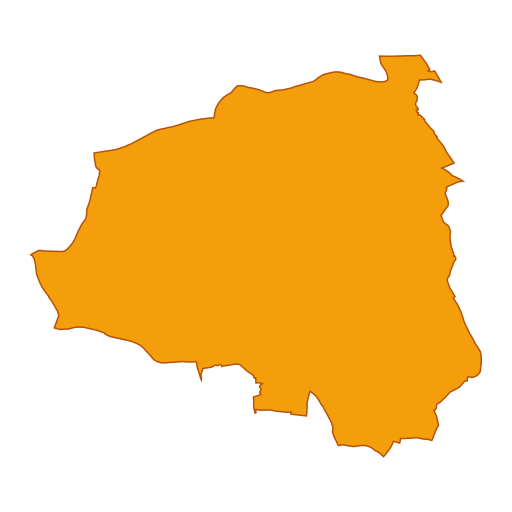 Valea Larga, Mures, Romania
{"feature_id": "2599482B72201107015433", "entity_name": "Valea Larga", "entity_type": "district", "adm_level": 2, "iso_a3": "ROU", "parent_name": "Romania", "parent_adm1": "Mures", "projection": "robinson", "projection_center": [24.071, 46.628], "detail": "fine", "context": "isolated", "style": "filled", "palette": "amber", "viewbox_px": 512, "rotation_deg": 0, "n_neighbors": 0, "source": "geoboundaries", "source_scale": "gbopen_adm2", "svg_char_len": 5944}
<svg xmlns="http://www.w3.org/2000/svg" viewBox="0 0 512 512"><path d="M431.8,440.5L432.6,438.7L435.3,431.6L437.1,427.8L438.5,425.4L436.6,416.4L433.9,410.2L434.7,410.0L435.5,409.4L436.2,408.3L436.8,404.1L439.3,402.8L441.2,401.3L442.9,399.6L445.4,397.2L449.2,393.0L450.3,392.0L457.1,388.5L459.5,387.0L464.7,381.2L465.3,380.9L467.2,380.9L467.7,376.7L469.6,377.0L470.9,377.4L472.4,377.4L475.8,376.2L477.3,375.2L478.0,374.4L479.5,373.0L480.0,372.0L480.3,371.0L481.0,365.1L481.2,364.0L481.3,361.5L481.1,355.1L480.4,351.9L479.3,349.8L475.4,343.8L472.6,338.5L469.2,332.6L467.7,329.3L464.8,323.3L463.7,320.5L463.2,318.4L460.8,311.7L457.5,304.5L453.2,298.0L455.1,296.5L452.6,292.6L449.9,288.0L447.4,281.2L447.3,280.1L447.6,278.0L448.8,276.6L449.7,274.8L449.9,274.1L450.2,271.9L450.5,270.9L453.2,264.2L453.4,263.2L454.5,261.1L455.7,259.7L455.8,259.3L455.8,259.0L455.6,257.5L454.8,256.0L453.5,255.9L453.8,255.1L453.9,254.2L453.5,253.3L452.3,249.8L451.4,247.3L451.2,246.1L450.1,239.8L450.0,236.3L450.4,232.6L450.5,231.4L449.0,227.0L447.7,225.3L445.0,223.3L443.6,221.9L442.7,220.1L441.0,215.4L442.7,213.3L445.7,208.7L446.2,208.2L447.4,206.8L447.8,206.1L448.2,205.2L448.3,204.0L448.2,201.8L447.5,199.5L445.5,194.5L445.3,193.3L445.4,192.1L446.3,190.5L446.7,189.3L446.8,188.6L446.7,188.1L446.1,187.3L448.1,186.3L456.4,182.6L458.8,181.8L463.1,181.2L459.7,179.1L454.6,176.6L453.1,176.0L451.8,175.2L451.2,174.7L449.6,172.8L448.6,172.0L443.6,168.9L441.9,168.1L454.1,163.1L446.1,151.5L444.4,147.6L442.0,144.2L438.2,139.7L436.4,137.1L437.1,136.6L434.7,134.2L434.4,133.6L434.1,132.0L433.8,131.3L429.5,126.9L426.4,123.1L424.0,119.7L424.5,119.4L420.1,115.0L418.1,115.1L418.1,114.6L418.4,112.7L417.1,112.6L417.1,111.6L416.4,111.0L416.4,109.8L418.2,109.8L418.0,108.9L417.7,107.9L416.1,106.0L415.5,104.4L415.8,102.8L417.2,99.9L417.2,96.3L416.3,94.9L413.9,92.9L416.6,88.8L417.1,87.7L419.0,82.1L419.6,79.9L423.8,79.9L430.0,79.1L435.3,80.4L441.2,82.3L434.7,70.9L431.0,71.8L428.0,70.7L429.8,69.6L428.6,67.3L426.4,63.4L421.0,56.2L420.7,55.3L420.4,55.3L414.3,55.7L410.5,55.8L409.8,55.7L400.6,56.0L390.0,56.3L379.5,56.1L380.3,60.9L380.7,62.6L381.0,63.6L382.6,66.3L385.8,70.8L386.2,71.9L387.2,74.8L387.7,77.1L387.7,78.1L387.6,79.6L387.5,80.0L386.1,80.9L384.9,81.4L383.2,81.8L378.8,81.8L375.3,81.4L364.9,78.5L357.3,76.8L349.7,74.3L346.0,73.7L341.1,72.3L339.9,72.1L336.3,71.9L334.7,72.0L331.6,72.5L323.2,74.6L318.1,77.8L316.1,79.6L314.1,81.0L312.7,81.6L311.5,82.0L307.6,83.0L298.1,85.8L294.5,86.6L292.7,87.6L287.7,88.8L283.0,89.9L275.4,90.5L272.4,91.7L268.9,92.7L266.3,92.6L265.2,92.3L259.4,89.9L257.8,89.4L253.2,88.3L247.3,87.2L244.9,86.2L241.0,85.7L238.7,85.7L237.5,85.8L235.0,88.1L230.9,92.9L227.9,94.4L223.7,97.2L221.0,100.1L219.4,102.1L217.7,104.6L216.5,106.9L215.6,109.0L214.7,112.8L214.0,117.9L210.0,118.0L200.7,119.1L188.8,121.5L179.2,124.7L172.1,126.9L168.1,127.5L165.4,128.3L161.0,129.1L157.5,130.1L156.0,130.6L151.4,132.9L141.4,138.4L130.1,144.4L128.0,145.1L124.6,146.7L115.6,149.6L94.0,153.0L94.5,159.0L95.4,163.9L95.6,165.6L95.7,166.1L96.3,167.3L96.9,168.1L99.1,169.9L99.7,170.8L99.7,171.5L99.4,173.4L99.3,175.6L98.2,178.5L96.7,183.9L96.5,185.5L95.6,187.8L92.7,187.6L91.5,193.7L90.7,196.2L90.4,198.8L89.1,203.1L86.8,209.4L86.7,210.1L86.6,214.2L86.3,216.5L85.9,218.0L85.5,218.9L84.9,220.1L82.4,223.2L81.3,225.1L78.3,231.0L76.1,236.1L75.6,237.1L75.4,237.8L75.2,238.1L74.5,239.7L72.3,243.4L70.7,245.4L67.3,249.1L66.3,250.0L64.9,250.8L63.5,251.4L61.9,251.5L45.5,251.1L40.1,250.4L38.8,250.5L38.0,250.7L34.6,252.5L30.7,254.8L32.0,255.5L32.8,256.4L33.8,258.2L34.4,259.7L35.2,263.0L35.7,266.4L36.5,273.2L36.7,274.3L37.7,277.1L40.1,283.2L42.4,287.5L43.9,290.0L48.5,296.1L49.5,298.4L51.0,300.0L52.0,301.5L56.4,309.2L57.5,311.1L58.0,312.2L58.0,313.4L58.1,313.9L58.4,314.5L58.9,315.2L56.0,323.4L54.2,327.9L60.1,329.5L63.0,329.2L68.9,329.0L72.3,328.0L75.5,327.2L76.3,327.1L82.0,327.2L82.1,326.9L96.1,330.1L105.0,333.2L105.1,333.4L105.0,333.9L105.7,334.2L106.1,334.6L108.9,336.0L111.3,336.8L126.3,340.1L132.2,341.6L134.9,342.6L137.2,343.7L139.7,345.0L141.4,346.2L143.2,347.7L144.1,348.7L148.5,353.5L153.2,359.0L154.7,360.2L156.9,361.4L160.2,362.5L162.2,362.9L163.4,362.9L175.2,362.1L180.9,361.6L183.2,361.6L188.5,362.0L192.2,362.0L196.0,361.5L196.4,362.4L196.8,363.8L197.1,366.4L197.6,368.6L198.8,372.0L199.6,374.8L200.5,377.5L200.7,378.7L201.3,379.8L201.4,377.6L201.0,375.3L201.2,373.9L203.0,368.5L211.8,367.1L214.4,365.5L215.5,365.3L218.0,365.5L220.1,364.6L220.8,364.8L221.4,365.2L221.6,365.5L221.7,366.5L223.7,366.0L233.5,364.4L236.5,364.1L238.4,364.2L239.4,364.5L240.2,364.9L241.3,365.8L246.8,370.8L252.7,374.9L253.3,375.6L254.0,377.5L254.4,378.1L254.8,378.2L255.3,377.8L255.5,377.8L255.7,379.0L256.0,383.1L257.5,382.8L259.1,382.8L260.5,383.1L262.3,383.8L260.1,385.4L259.7,385.8L259.4,386.4L259.5,386.8L259.8,387.2L260.0,387.9L260.9,388.6L261.3,389.0L259.6,392.5L259.8,392.9L260.7,394.0L260.7,394.7L256.2,396.2L253.7,396.9L253.4,397.1L253.4,397.9L253.8,401.1L253.6,403.0L253.7,406.1L253.8,407.4L254.1,409.0L254.7,411.4L254.9,412.7L255.0,412.7L255.0,413.0L255.9,412.7L255.9,411.8L255.3,409.6L256.0,409.6L259.9,410.1L270.0,410.0L276.3,411.1L284.2,412.0L287.9,412.3L291.0,412.0L290.9,414.2L306.4,415.9L306.8,413.4L307.1,405.7L307.1,404.0L306.9,403.5L308.3,397.3L308.9,394.8L310.1,391.2L314.3,394.5L316.3,396.5L319.2,400.7L320.0,402.4L321.2,404.4L323.2,407.0L323.9,408.4L324.3,409.6L325.8,411.9L327.2,414.6L327.8,415.6L328.7,417.3L328.8,417.8L329.2,418.2L330.3,420.2L331.0,421.8L331.6,423.1L331.8,424.2L332.5,425.6L332.7,426.1L332.9,429.1L332.7,430.7L332.5,431.4L332.7,433.2L334.0,436.4L338.3,445.6L342.0,444.9L344.0,444.8L346.0,445.4L353.6,446.6L361.0,445.5L366.0,445.6L369.7,446.9L371.4,447.7L375.4,450.7L377.8,451.9L379.9,453.3L383.5,456.7L384.8,455.3L389.9,448.6L391.9,445.0L393.5,441.3L399.7,443.1L400.6,438.5L403.3,438.6L416.0,437.8L417.4,437.8L419.0,437.9L419.5,438.3L426.2,439.4L427.5,439.2L428.6,439.5L431.8,440.5Z" fill="#f59e0b" stroke="#b45309" stroke-width="1.5"/></svg>